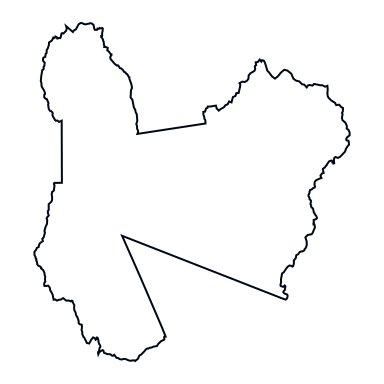 Pacajá, Pará, Brazil
{"feature_id": "56859067B2660041760548", "entity_name": "Pacajá", "entity_type": "district", "adm_level": 2, "iso_a3": "BRA", "parent_name": "Brazil", "parent_adm1": "Pará", "projection": "equal_earth", "projection_center": [-50.664, -3.7], "detail": "fine", "context": "isolated", "style": "outline", "palette": "ink", "viewbox_px": 384, "rotation_deg": 0, "n_neighbors": 0, "source": "geoboundaries", "source_scale": "gbopen_adm2", "svg_char_len": 5766}
<svg xmlns="http://www.w3.org/2000/svg" viewBox="0 0 384 384"><path d="M98.3,354.3L99.1,352.4L100.1,351.5L102.6,350.1L103.3,350.5L104.1,352.9L107.8,354.2L109.9,354.2L110.9,354.6L111.6,355.4L112.9,355.8L114.2,354.8L116.5,357.8L118.2,358.0L119.5,359.1L121.8,359.5L123.7,358.9L125.5,359.0L129.0,360.5L130.9,360.8L132.2,360.4L134.7,360.4L135.2,361.0L137.8,358.9L138.4,358.1L138.9,356.3L139.5,355.5L141.1,354.6L144.5,351.2L145.7,349.5L147.3,348.5L148.3,348.6L149.6,347.8L151.8,347.5L153.4,346.6L156.9,346.1L158.1,344.1L160.9,341.3L164.3,339.6L164.1,337.1L164.7,336.5L165.6,336.5L162.0,327.5L140.0,276.3L122.1,235.8L281.9,298.3L285.7,299.6L286.7,298.8L287.5,297.0L287.6,295.6L287.2,294.6L284.1,293.3L283.3,292.2L283.7,291.0L284.9,289.9L285.4,286.4L284.7,285.5L283.1,286.9L280.8,286.0L280.4,285.2L281.1,282.2L281.0,279.2L282.0,273.9L282.5,273.1L283.8,272.2L286.6,268.0L288.1,266.4L289.5,265.5L291.1,265.8L292.4,266.6L293.1,266.2L293.9,263.5L293.8,260.5L295.8,258.1L296.3,255.2L298.3,254.1L299.6,252.1L301.1,251.4L302.0,251.6L304.3,250.4L304.6,249.2L305.6,248.1L306.4,246.4L306.8,244.6L306.6,241.1L305.4,237.5L305.9,236.6L306.6,236.3L307.6,235.0L311.7,234.2L312.4,233.3L314.9,227.5L314.7,225.2L314.2,224.2L313.5,224.4L313.4,223.2L313.9,222.6L313.6,220.8L313.7,219.9L316.0,219.2L317.0,218.1L316.4,216.2L314.8,214.2L314.5,213.1L313.9,212.7L313.1,208.9L312.7,208.2L311.6,207.5L311.1,206.5L311.2,205.5L310.4,204.0L310.9,202.3L310.9,200.5L309.6,199.3L309.4,197.6L308.5,196.1L308.5,195.0L309.4,193.2L309.6,191.4L310.2,189.9L311.7,189.5L312.8,188.3L314.7,187.5L315.1,186.7L314.5,185.0L314.7,182.0L315.9,180.4L320.0,178.4L321.4,178.1L320.5,175.6L322.0,173.4L323.6,173.0L322.9,169.5L323.0,168.7L325.0,167.4L325.8,165.8L326.5,165.5L327.3,163.8L328.9,161.6L329.5,161.1L331.5,160.5L332.1,160.9L332.4,162.5L333.1,162.6L333.3,163.5L334.2,163.3L333.9,159.6L334.4,157.8L335.5,157.0L337.9,157.9L340.0,156.9L344.8,151.9L345.6,150.3L345.7,149.3L347.5,146.3L349.0,144.7L348.7,141.4L348.4,140.7L346.9,140.5L346.2,139.8L346.3,138.7L347.1,137.3L349.6,135.4L349.6,132.4L348.5,129.9L346.7,128.6L346.9,126.3L346.4,124.7L345.2,122.5L342.6,120.3L342.0,118.4L342.0,117.2L342.6,114.3L342.0,113.0L342.8,111.5L343.0,108.0L341.5,107.3L339.1,104.7L336.2,105.1L335.0,102.8L331.2,100.4L328.5,97.7L327.7,96.0L327.4,93.6L327.7,89.4L327.4,85.8L325.1,86.7L322.3,85.2L320.5,85.3L314.5,84.0L313.7,84.1L313.2,85.0L312.4,85.6L309.6,85.0L308.0,85.4L306.7,87.4L304.2,84.6L302.2,84.3L299.2,81.4L296.2,80.7L293.4,78.7L291.3,73.7L287.3,70.5L284.2,69.8L280.9,72.6L277.9,76.3L275.0,78.6L272.1,76.5L268.7,72.0L267.4,70.8L265.0,62.9L263.9,60.7L262.1,60.2L261.3,61.6L259.7,59.6L257.7,62.1L255.7,62.3L256.1,65.1L254.8,66.3L255.2,69.4L254.2,71.1L250.5,73.2L248.7,75.3L248.4,78.9L247.0,80.7L244.8,82.0L242.2,81.7L239.5,83.2L240.3,84.6L240.0,87.0L238.6,93.0L236.3,93.1L235.5,95.9L232.9,97.1L231.5,102.4L229.1,101.4L227.7,104.3L225.3,105.3L224.0,107.2L220.6,109.1L218.8,110.6L216.7,108.5L215.9,105.6L210.5,106.5L207.7,106.5L207.5,107.8L205.9,108.6L205.2,111.5L203.3,111.9L203.5,115.1L204.3,117.1L204.4,118.8L205.1,119.7L205.4,120.9L205.5,123.5L137.4,133.9L138.1,132.1L137.9,130.3L137.1,128.7L137.0,125.9L136.3,124.2L137.3,120.7L136.8,114.8L136.7,114.0L135.7,112.4L135.2,109.7L133.9,107.6L132.4,99.8L130.6,97.5L131.0,90.1L132.0,88.0L131.4,84.4L129.3,78.4L129.4,77.3L128.7,76.8L127.3,74.3L126.0,73.5L125.6,72.5L124.1,71.9L123.1,70.3L121.2,68.4L119.8,68.1L118.4,65.7L117.8,65.3L117.1,65.6L114.8,64.0L110.5,58.9L110.2,57.2L110.6,56.2L111.4,55.4L111.5,54.4L110.8,54.3L108.6,51.3L107.3,50.4L107.8,48.0L105.7,46.9L104.3,47.0L104.5,46.1L104.1,45.5L103.6,41.5L103.1,40.8L103.1,39.8L102.3,38.3L101.2,37.2L101.2,36.2L101.9,36.4L102.2,35.6L102.1,32.8L102.6,31.1L102.8,28.6L102.3,28.0L100.9,28.4L99.7,28.0L99.1,28.7L97.6,28.5L97.5,29.5L96.9,29.9L94.8,29.8L94.4,29.1L93.5,24.8L91.7,23.5L90.7,23.2L85.3,24.4L83.6,23.9L82.7,23.3L80.7,23.0L78.7,24.2L75.8,29.5L74.7,29.9L73.4,31.0L72.9,32.0L66.1,26.1L66.8,28.6L66.0,30.9L63.4,33.5L62.3,33.1L61.5,33.5L60.9,36.7L60.2,38.1L58.6,38.0L57.9,38.5L57.2,38.5L56.7,37.2L55.4,36.5L54.9,37.6L54.0,38.2L53.3,37.6L51.9,40.5L49.0,42.5L48.9,44.9L47.8,48.3L46.6,50.3L46.7,52.3L46.5,53.1L45.7,53.8L45.2,57.0L43.6,57.5L43.0,58.6L43.0,60.6L44.7,62.8L44.3,66.0L43.5,67.0L43.7,68.8L43.2,69.6L42.3,70.0L41.3,75.8L40.8,81.0L41.4,82.9L41.6,86.4L44.1,90.5L44.9,92.8L45.0,94.1L44.3,94.7L44.2,97.2L45.5,98.7L46.9,99.2L48.3,102.6L48.5,103.4L48.1,104.7L48.8,108.9L49.8,110.7L51.0,111.1L52.3,112.3L52.7,113.1L52.5,115.4L52.8,116.2L55.1,120.1L55.7,120.7L57.5,120.6L59.1,121.9L61.7,120.7L61.9,182.8L54.4,182.9L53.9,183.9L54.5,185.4L53.9,190.5L52.0,192.1L51.7,194.5L52.1,196.5L52.1,200.1L51.4,201.6L48.7,204.2L48.7,210.0L48.0,210.8L47.8,212.4L48.7,215.6L47.3,217.1L46.6,218.3L47.2,219.8L47.0,223.8L45.6,226.8L44.5,230.8L44.5,231.7L45.0,232.3L43.6,237.5L42.3,238.9L42.9,241.0L39.7,243.4L39.0,245.1L38.6,247.1L36.9,247.8L36.1,249.7L34.4,252.0L34.5,255.2L35.5,256.9L35.6,258.1L36.4,258.9L36.1,259.8L36.4,261.0L36.9,261.4L37.3,264.4L38.3,265.7L40.0,266.4L41.2,267.5L41.1,268.5L43.1,270.0L44.5,273.0L44.6,275.0L45.2,276.3L45.0,279.7L45.3,281.7L44.7,282.3L44.1,283.6L44.4,285.9L46.4,286.0L48.0,285.6L49.4,287.0L50.0,288.5L50.1,289.9L52.6,294.5L53.6,299.7L55.1,299.4L56.9,300.6L59.0,299.8L61.0,299.5L63.1,298.1L65.8,300.3L67.0,300.7L68.6,300.5L70.8,301.4L71.6,300.7L72.4,300.9L72.9,302.5L74.3,305.2L74.1,308.3L74.4,310.4L75.5,312.3L76.0,314.9L77.6,317.8L78.6,320.8L78.7,323.2L80.0,324.4L81.7,324.7L82.0,326.6L81.6,330.1L82.3,332.0L82.3,334.2L83.4,336.8L84.1,337.4L86.9,343.0L89.2,343.5L91.2,339.8L93.1,337.4L95.0,338.3L95.6,339.8L96.2,339.4L96.3,338.6L97.0,337.5L97.7,338.0L98.5,340.7L98.6,342.4L99.3,344.2L100.1,345.4L100.4,346.8L99.6,348.0L99.0,350.9L98.2,352.0L98.0,353.0L98.3,354.3Z" fill="none" stroke="#020617" stroke-width="2"/></svg>